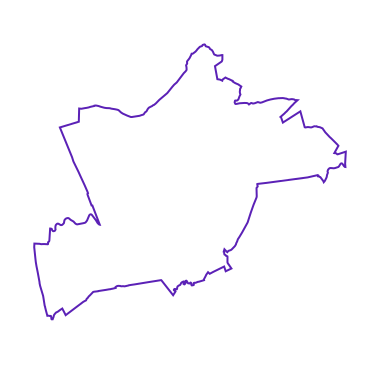 Vladeni, Iasi, Romania, rotated 279°
{"feature_id": "2599482B51425193153488", "entity_name": "Vladeni", "entity_type": "district", "adm_level": 2, "iso_a3": "ROU", "parent_name": "Romania", "parent_adm1": "Iasi", "projection": "equal_earth", "projection_center": [27.345, 47.424], "detail": "fine", "context": "isolated", "style": "outline", "palette": "violet", "viewbox_px": 384, "rotation_deg": 279, "n_neighbors": 0, "source": "geoboundaries", "source_scale": "gbopen_adm2", "svg_char_len": 5893}
<svg xmlns="http://www.w3.org/2000/svg" viewBox="0 0 384 384"><g transform="rotate(279 192 192)"><path d="M255.9,337.6L252.0,330.0L252.0,329.5L252.7,328.5L252.8,327.6L252.7,327.2L252.7,326.5L259.0,328.8L260.5,329.4L261.5,328.3L266.8,321.0L267.9,319.3L271.8,314.3L275.3,310.9L275.5,309.9L275.9,308.7L276.0,307.6L276.0,305.6L276.4,304.9L276.2,304.6L276.1,302.8L275.9,302.2L274.9,300.6L274.4,299.5L274.3,296.3L273.5,293.9L273.6,293.2L273.8,293.1L288.6,286.4L274.8,270.9L278.9,268.7L279.8,268.2L280.0,267.7L284.1,271.1L285.3,271.9L286.3,272.8L292.2,276.6L294.3,278.2L295.6,279.0L299.2,281.9L299.1,280.6L298.9,279.7L299.0,279.2L299.2,278.9L299.4,278.2L299.4,276.7L299.3,275.7L298.6,273.6L298.5,273.1L299.0,270.4L298.9,269.4L299.0,269.0L299.0,267.0L298.1,262.5L297.0,258.7L295.6,254.9L294.1,251.6L291.4,247.0L291.0,245.9L290.8,245.4L291.1,243.3L291.1,242.9L289.5,240.1L288.9,238.4L289.2,236.9L289.1,236.4L288.6,235.8L287.4,234.6L287.8,234.2L288.1,233.6L288.4,232.7L288.4,231.8L288.2,230.1L287.1,225.2L286.0,222.3L285.8,221.1L286.5,220.5L287.2,220.1L287.6,220.1L288.8,220.2L289.1,220.4L289.3,222.0L290.1,222.9L291.0,223.4L293.8,223.9L295.9,224.6L296.7,224.1L298.1,223.6L298.9,223.5L299.9,223.5L301.0,223.4L301.5,223.4L302.1,223.7L303.9,224.2L305.0,221.8L305.4,221.2L306.3,217.7L307.3,215.3L307.9,214.5L308.2,214.6L308.4,213.7L309.2,211.1L309.5,209.5L310.3,207.1L307.9,204.7L307.6,204.6L306.7,204.5L307.4,202.0L307.4,199.4L319.9,195.0L325.4,200.8L325.7,201.0L326.6,201.2L327.5,201.3L332.0,200.6L332.0,200.3L331.1,197.9L330.6,195.8L330.6,195.4L331.0,193.8L331.2,192.8L331.3,192.5L331.7,192.1L333.9,190.7L335.2,189.5L336.2,187.3L337.2,186.6L337.5,186.2L337.7,185.8L337.8,184.9L338.1,182.8L339.5,181.8L339.7,181.4L339.6,180.9L338.9,179.5L338.0,179.2L337.6,178.9L337.3,178.2L336.6,177.0L333.8,175.0L332.8,174.5L331.2,173.5L329.0,171.4L328.6,170.8L328.5,170.5L328.5,170.0L327.0,169.7L323.7,168.6L322.0,167.7L320.9,167.0L320.0,166.7L319.7,166.7L318.4,167.1L317.7,167.0L317.0,166.6L316.0,166.4L314.5,167.0L312.2,167.5L311.3,167.4L309.9,166.6L308.1,165.3L297.8,159.8L295.2,157.6L292.8,156.1L285.8,152.1L277.9,145.3L273.9,142.5L272.1,140.9L271.7,140.1L270.7,139.2L269.5,137.5L268.6,136.3L267.9,135.8L266.8,135.2L265.0,134.6L264.3,134.2L263.4,133.2L261.1,132.1L260.8,131.7L259.9,129.8L259.1,128.4L256.7,121.0L256.5,119.9L257.3,116.1L258.6,111.4L259.5,109.4L261.2,106.9L261.4,106.5L261.6,105.2L261.7,103.1L261.7,99.3L261.9,97.7L261.5,94.2L261.5,92.2L261.9,88.5L262.3,86.3L262.4,84.0L262.3,83.0L262.0,82.1L261.7,82.1L260.2,78.3L259.4,76.8L258.6,74.7L258.1,73.1L256.9,69.7L256.8,67.5L243.7,69.2L235.1,51.4L207.6,68.1L203.6,70.1L194.2,76.7L190.4,79.2L181.9,84.9L176.1,88.6L174.5,89.5L173.7,89.0L173.4,89.1L172.2,89.7L163.0,94.9L163.1,95.7L145.3,106.0L145.3,105.6L146.0,104.4L146.5,103.7L149.1,101.5L151.8,98.7L153.8,96.6L154.1,96.0L154.1,95.5L154.0,95.1L153.7,94.7L153.2,94.3L152.7,94.1L147.4,92.8L145.4,91.7L144.8,91.0L144.1,89.3L142.1,83.8L142.1,83.0L142.5,81.9L143.4,80.7L144.3,79.6L145.5,76.5L146.7,74.6L146.9,73.7L146.7,72.9L146.2,71.9L145.5,71.2L144.6,70.6L143.7,70.4L142.1,70.4L141.1,70.3L140.2,69.7L139.3,69.0L138.9,68.3L138.8,67.6L139.1,66.7L139.6,65.5L139.8,64.7L139.7,64.1L139.4,63.6L138.6,63.0L137.9,62.6L136.5,62.5L134.9,62.7L133.6,63.1L132.4,62.7L131.8,61.9L131.6,61.1L131.7,60.7L132.5,59.8L133.5,59.3L133.8,58.4L133.7,57.6L121.9,58.7L121.0,58.6L120.7,58.5L119.8,57.7L118.8,57.9L118.0,57.9L117.9,57.8L117.8,57.6L117.7,56.1L117.3,53.1L116.9,51.4L116.9,50.4L117.0,49.7L116.4,44.4L112.8,44.8L101.9,47.7L98.3,48.7L94.4,50.0L88.2,52.3L79.1,55.5L78.1,55.7L75.5,56.7L66.1,61.2L64.0,61.9L56.6,64.3L55.8,64.8L55.1,65.0L51.8,66.4L47.1,68.5L47.4,69.3L47.3,70.6L47.5,71.7L47.4,72.1L46.5,72.5L44.6,73.0L44.3,73.4L44.5,74.3L46.1,74.6L46.9,74.8L48.7,74.9L49.8,75.4L51.6,76.5L52.9,78.3L54.7,80.0L56.6,82.1L53.8,84.2L50.6,86.5L66.4,101.7L67.3,102.8L68.4,104.3L70.0,104.7L70.2,104.8L70.8,105.4L72.8,106.4L73.6,107.1L77.8,110.0L78.2,110.9L79.3,114.8L79.5,114.9L81.9,122.4L83.0,125.6L83.1,126.2L83.7,127.6L84.0,128.5L85.3,131.6L86.0,131.3L86.4,131.6L87.4,132.8L87.7,133.6L88.0,135.7L87.8,136.6L87.9,137.3L88.2,138.6L88.3,140.3L89.7,143.8L89.9,144.0L90.6,146.0L91.8,149.9L96.3,163.5L100.1,175.2L100.1,175.5L87.1,189.5L91.2,191.3L91.3,191.3L91.6,190.9L91.8,190.1L92.2,189.5L92.6,189.4L93.3,189.7L93.5,190.0L93.6,190.4L93.4,191.4L93.6,192.2L94.1,192.4L95.2,192.3L96.4,192.5L97.5,193.5L98.2,194.6L98.7,195.0L100.4,195.5L101.3,196.2L102.3,197.6L102.3,198.1L101.9,198.2L100.4,198.0L99.9,198.0L99.6,198.6L99.6,199.0L99.9,199.3L101.6,200.1L102.2,200.1L103.0,199.8L103.3,199.8L103.5,200.2L103.3,200.7L101.5,202.1L101.2,202.5L101.3,203.6L101.3,204.3L102.1,204.5L102.3,204.7L102.3,204.9L102.0,205.4L101.6,205.6L99.8,206.2L99.7,206.5L100.3,208.1L100.5,208.2L100.7,208.3L102.1,207.9L102.5,208.1L102.8,208.8L102.8,209.4L103.1,210.1L104.2,211.9L104.5,212.9L106.8,217.7L107.5,217.4L111.3,218.7L111.9,218.8L112.7,219.1L115.3,220.4L114.0,222.3L116.5,225.6L123.4,235.4L119.0,237.7L122.6,242.9L126.0,239.7L127.2,238.5L127.8,238.2L128.2,238.0L133.5,237.2L134.0,237.0L134.4,235.4L134.9,235.1L135.3,233.9L135.6,233.7L136.8,233.3L137.3,233.3L137.6,233.2L138.2,232.9L138.2,232.7L140.5,233.0L138.5,235.6L138.1,236.3L139.0,236.8L139.6,237.3L140.7,239.4L141.5,240.2L145.2,242.8L147.1,243.6L148.3,243.7L150.2,244.3L152.5,244.7L154.9,245.8L159.8,247.8L170.6,251.7L180.9,253.3L189.0,254.8L196.7,256.6L197.9,256.6L206.0,255.1L207.7,256.0L210.0,255.2L210.3,255.7L212.7,264.3L224.5,303.9L228.3,313.4L227.4,313.8L227.8,314.5L226.9,315.3L226.8,316.4L223.3,320.0L222.3,320.6L223.8,321.5L227.0,322.5L228.0,322.7L229.9,322.7L231.3,323.0L232.3,323.2L233.4,322.7L234.1,322.7L235.2,322.9L236.0,323.3L237.0,324.1L237.4,325.3L237.6,328.3L238.0,329.5L239.6,332.6L240.4,333.2L242.8,334.2L243.3,334.5L243.6,335.0L243.7,335.4L243.5,336.0L242.5,337.0L241.4,338.0L240.7,339.0L240.7,339.6L244.0,338.8L255.9,337.6Z" fill="none" stroke="#5b21b6" stroke-width="2"/></g></svg>